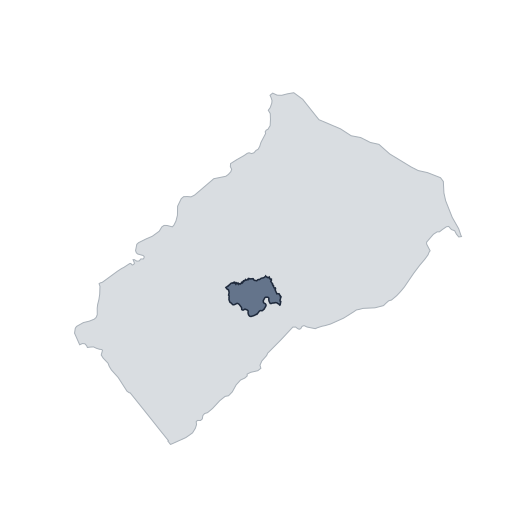 Kintampo North Municipal, Brong Ahafo, Ghana (highlighted), rotated 232°
{"feature_id": "2480657B78031413348906", "entity_name": "Kintampo North Municipal", "entity_type": "district", "adm_level": 2, "iso_a3": "GHA", "parent_name": "Ghana", "parent_adm1": "Brong Ahafo", "projection": "robinson", "projection_center": [-1.417, 8.387], "detail": "fine", "context": "in_parent", "style": "filled", "palette": "slate", "viewbox_px": 512, "rotation_deg": 232, "n_neighbors": 0, "source": "geoboundaries", "source_scale": "gbopen_adm2", "svg_char_len": 7598}
<svg xmlns="http://www.w3.org/2000/svg" viewBox="0 0 512 512"><g transform="rotate(232 256 256)"><path d="M306.9,65.5L310.3,69.1L311.0,71.2L309.8,79.0L307.3,84.5L305.8,89.7L306.0,92.2L307.5,94.8L312.7,98.8L315.3,101.4L318.4,105.4L322.1,109.3L328.2,114.4L330.8,115.3L330.7,116.7L329.9,118.6L329.3,137.5L328.9,142.3L328.4,144.8L327.8,151.8L327.2,152.8L326.0,152.7L325.0,153.0L324.7,154.4L325.1,155.8L328.8,156.9L328.0,157.9L325.3,158.9L324.0,161.0L324.6,163.4L323.0,165.4L323.5,166.7L324.5,167.6L326.0,167.3L330.4,164.0L332.2,163.7L334.4,164.4L338.6,169.3L338.8,171.7L337.1,180.0L335.4,186.4L335.1,195.0L336.9,199.7L336.7,202.4L334.8,204.7L330.5,208.0L330.8,210.2L332.8,214.4L336.4,219.1L343.5,224.9L347.2,232.4L347.3,235.5L345.1,238.5L342.6,241.2L341.8,245.0L342.9,270.3L337.4,281.3L337.3,284.4L337.9,288.0L339.3,290.2L342.2,290.8L344.5,292.9L343.7,300.6L342.5,308.5L342.3,312.3L341.6,314.1L339.4,315.6L338.6,318.0L339.2,321.1L338.8,323.3L340.0,326.3L342.5,329.9L346.6,339.0L348.2,339.7L348.9,341.6L348.5,343.4L350.0,347.4L354.6,351.4L359.4,354.9L363.3,355.4L364.2,358.6L366.7,362.5L368.6,364.3L371.5,365.4L374.0,366.0L374.1,369.4L369.7,371.7L366.8,375.2L364.5,380.5L361.4,386.3L350.7,389.3L346.6,389.3L324.7,389.5L304.1,400.9L292.2,405.0L284.9,411.4L275.1,416.0L268.3,421.6L254.1,424.2L230.8,433.0L223.5,436.4L216.1,442.5L204.1,449.6L199.4,449.5L190.0,442.9L182.9,439.5L165.6,434.4L152.7,432.5L146.5,430.3L144.8,429.9L146.2,427.5L149.8,427.4L153.6,428.1L156.5,426.3L160.7,426.0L161.8,424.1L162.1,419.3L162.1,415.4L163.5,413.7L163.9,409.1L161.9,399.0L160.4,397.8L152.9,396.4L152.3,394.4L151.0,392.3L149.5,387.0L147.9,379.3L145.3,369.6L140.2,353.7L139.0,348.1L138.1,342.4L137.9,335.6L139.0,333.0L138.8,329.5L138.4,326.0L141.9,317.9L148.9,308.0L150.4,304.4L151.7,301.9L151.9,298.4L153.1,286.8L156.5,272.9L158.6,267.6L160.0,264.8L161.7,260.2L162.2,258.0L168.6,252.5L171.6,251.0L172.2,248.9L171.2,246.5L171.7,244.9L173.2,244.1L175.6,243.5L177.3,241.2L174.6,224.1L172.4,206.9L172.3,205.5L171.0,203.1L169.7,196.0L167.5,191.9L164.5,190.7L164.5,186.8L167.6,180.2L168.4,176.3L166.9,175.2L166.7,172.1L167.8,167.3L167.2,164.3L166.7,161.1L163.5,153.6L162.8,148.3L164.4,145.2L164.3,138.4L162.6,127.9L162.4,121.3L163.5,118.5L163.0,115.9L160.7,113.4L160.5,111.0L162.5,108.6L162.2,106.8L159.8,105.4L157.6,102.2L155.7,97.1L156.1,88.9L159.8,73.8L160.2,72.6L164.4,72.6L164.4,73.3L177.3,73.1L192.0,73.0L209.6,72.8L225.6,72.6L226.3,71.9L228.9,71.1L245.1,72.6L255.2,71.9L259.4,72.4L262.6,73.4L269.5,72.7L273.3,73.1L276.1,76.9L277.2,76.9L278.8,75.3L281.6,73.4L284.4,72.0L286.4,69.1L287.7,66.8L289.5,67.3L292.2,67.1L293.9,65.3L294.6,62.4L306.9,65.5Z" fill="#d9dde1" stroke="#a8b0b8" stroke-width="1"/><path d="M231.3,253.5L231.3,252.8L231.4,252.7L231.3,252.4L231.6,252.0L232.3,251.9L233.1,251.5L233.1,251.4L233.3,251.4L233.5,251.3L234.3,251.3L234.2,251.1L234.1,250.8L234.1,248.9L234.2,248.5L235.3,246.3L235.2,245.2L235.3,244.2L235.6,244.0L235.7,243.8L235.8,243.7L236.0,243.3L236.1,243.1L236.2,242.6L236.0,241.8L236.0,241.3L236.1,241.2L236.5,241.0L236.6,240.9L237.7,239.8L238.0,239.8L238.3,239.6L239.1,239.6L239.6,239.8L239.9,239.8L240.2,239.5L240.3,239.0L240.6,238.6L241.0,238.2L241.6,237.1L241.8,237.1L242.0,237.1L242.9,236.3L242.7,236.1L242.8,236.0L242.8,235.8L242.7,235.7L242.8,235.5L242.7,235.3L242.5,235.2L242.8,235.0L242.8,234.9L242.8,234.7L242.7,234.6L242.7,234.3L242.8,234.2L242.8,233.9L242.9,233.6L243.1,233.5L243.2,233.4L243.3,233.3L243.4,233.1L243.5,233.1L243.4,233.0L243.4,232.9L243.5,232.8L243.5,232.7L243.7,232.4L243.8,232.1L243.6,232.0L243.6,231.8L243.5,231.6L243.6,231.3L243.8,231.3L243.9,231.2L244.0,231.1L243.9,231.0L244.0,230.9L243.9,230.8L244.0,230.6L243.9,230.5L243.9,230.4L243.7,230.2L243.8,230.1L243.8,229.9L243.7,229.8L243.8,229.7L243.8,229.4L243.7,229.3L243.6,229.2L243.8,229.1L243.7,229.0L243.8,228.9L243.7,228.8L243.8,228.8L243.8,228.7L243.8,228.4L244.0,228.2L243.9,228.1L243.7,227.9L243.6,228.0L243.6,227.9L243.5,227.7L243.5,227.3L243.6,227.1L243.8,226.7L243.7,226.4L243.8,226.4L243.9,226.2L244.0,226.1L244.2,225.9L244.2,226.0L244.4,225.8L244.4,225.7L244.5,225.6L244.4,225.5L244.4,225.4L244.5,225.5L244.6,225.4L244.8,225.4L245.1,225.4L245.1,225.1L245.4,225.0L245.5,225.1L245.7,224.8L245.8,224.8L245.8,224.6L245.7,224.3L245.7,224.2L245.8,224.3L245.8,224.2L246.0,224.1L246.3,224.0L246.5,224.0L246.6,223.9L246.7,224.0L246.8,223.9L246.9,224.0L247.1,224.0L247.1,223.9L247.2,223.6L247.2,223.3L247.2,223.2L247.0,222.9L247.3,223.0L247.4,222.9L247.5,223.0L247.8,222.9L247.7,222.8L247.8,222.8L247.9,222.7L248.2,222.6L248.2,222.9L248.2,223.0L248.5,223.1L248.6,222.9L248.7,222.7L248.6,222.4L248.7,222.2L248.3,221.9L248.4,221.7L248.4,221.4L248.4,221.5L248.6,221.5L248.7,221.3L248.9,221.5L248.9,221.3L249.2,221.1L249.3,220.9L249.3,220.7L249.7,220.1L249.9,219.3L249.9,219.0L249.7,218.1L249.6,217.5L249.6,216.9L249.7,216.5L249.7,216.0L249.4,215.6L249.5,215.2L249.7,214.8L249.6,214.2L249.8,212.9L248.9,212.8L248.2,212.8L247.6,212.9L247.3,213.0L247.2,213.2L246.9,213.3L246.3,213.5L246.1,213.4L245.6,213.1L245.2,213.1L244.6,212.7L244.1,212.5L243.4,212.0L242.9,211.3L242.5,210.9L242.1,210.3L241.3,210.3L241.0,210.2L240.4,209.7L240.0,209.2L239.3,208.8L239.0,208.5L238.7,208.1L238.0,207.8L237.4,207.5L236.6,207.3L236.1,207.1L235.9,207.1L235.6,207.0L235.1,207.1L234.5,207.4L233.5,207.6L232.6,207.6L232.2,207.6L231.7,207.9L231.5,208.1L231.3,208.4L231.2,208.6L230.9,209.2L230.6,210.8L230.5,211.1L230.4,211.8L230.3,212.0L229.9,212.3L229.2,212.7L228.0,213.0L226.9,212.9L226.4,213.0L226.1,212.9L224.9,212.9L224.5,212.9L223.9,212.7L223.5,212.4L223.1,212.0L222.6,211.8L222.4,211.8L221.5,212.3L221.3,212.5L221.2,212.8L221.1,213.1L221.1,213.8L221.1,214.2L220.9,214.5L220.6,214.9L220.3,215.1L219.8,215.2L219.7,215.4L219.3,215.6L218.4,216.0L217.9,216.0L217.3,215.8L216.9,215.5L216.5,215.1L216.3,214.9L215.5,214.4L214.2,213.9L213.4,213.9L213.1,213.9L212.7,213.9L212.4,214.0L211.6,214.6L211.3,215.1L211.1,215.5L211.0,216.0L210.6,216.8L210.1,218.5L210.0,219.4L209.9,220.2L209.7,220.4L209.8,220.5L209.8,220.8L209.8,221.0L209.6,221.2L209.7,221.3L209.8,222.2L210.5,224.8L210.3,225.8L209.9,226.4L209.3,226.8L209.0,227.4L209.0,227.8L209.1,228.6L209.2,229.2L209.1,229.8L209.5,230.5L210.4,232.8L211.1,233.7L211.4,233.8L211.9,233.9L212.5,234.0L212.8,233.8L213.3,233.7L214.0,233.3L214.7,233.3L215.2,233.4L215.4,233.5L215.8,234.0L216.5,234.4L216.5,234.5L216.7,235.1L217.1,236.0L217.6,237.0L217.7,237.5L217.7,238.0L217.2,238.8L216.8,239.2L216.3,239.9L215.6,240.2L214.9,240.2L214.6,240.0L214.2,239.5L212.9,238.7L212.4,238.5L211.2,238.2L210.1,238.0L209.8,238.0L209.1,238.9L208.8,240.0L208.3,240.8L208.0,241.0L207.8,241.3L207.8,241.7L207.4,242.4L207.2,242.8L206.9,242.9L206.4,243.6L206.0,243.7L205.3,243.8L204.6,244.2L203.9,244.4L203.6,244.5L203.0,244.4L202.6,244.5L202.6,244.9L202.8,245.2L204.9,247.5L205.3,247.2L205.9,247.3L206.2,247.7L206.5,247.9L206.6,248.1L206.9,248.3L207.1,248.8L207.3,249.0L207.7,249.4L207.9,249.7L208.2,250.3L208.4,250.1L208.8,250.0L209.1,250.3L209.1,250.6L209.7,250.7L210.5,250.6L210.9,250.7L211.1,250.7L211.5,250.9L212.0,250.9L212.1,250.7L212.5,250.3L212.9,250.0L213.3,249.4L213.5,249.3L213.5,249.2L217.7,250.3L217.8,250.6L218.0,251.1L218.4,251.4L218.9,251.6L219.0,251.6L219.1,251.2L219.4,250.8L219.5,250.9L220.1,250.8L220.7,250.9L221.0,251.0L221.6,251.1L221.6,251.3L221.7,251.5L221.9,251.5L222.2,251.2L223.1,251.3L223.1,251.5L223.5,251.6L223.6,251.9L226.9,252.0L227.2,252.8L227.4,252.8L227.5,252.9L227.5,253.3L227.8,253.4L228.3,253.9L228.6,253.7L228.7,253.3L228.6,253.2L228.8,253.0L229.0,252.9L229.7,253.1L229.8,253.0L230.0,253.0L230.3,253.2L231.3,253.5Z" fill="#64748b" stroke="#1e293b" stroke-width="1.5"/></g></svg>